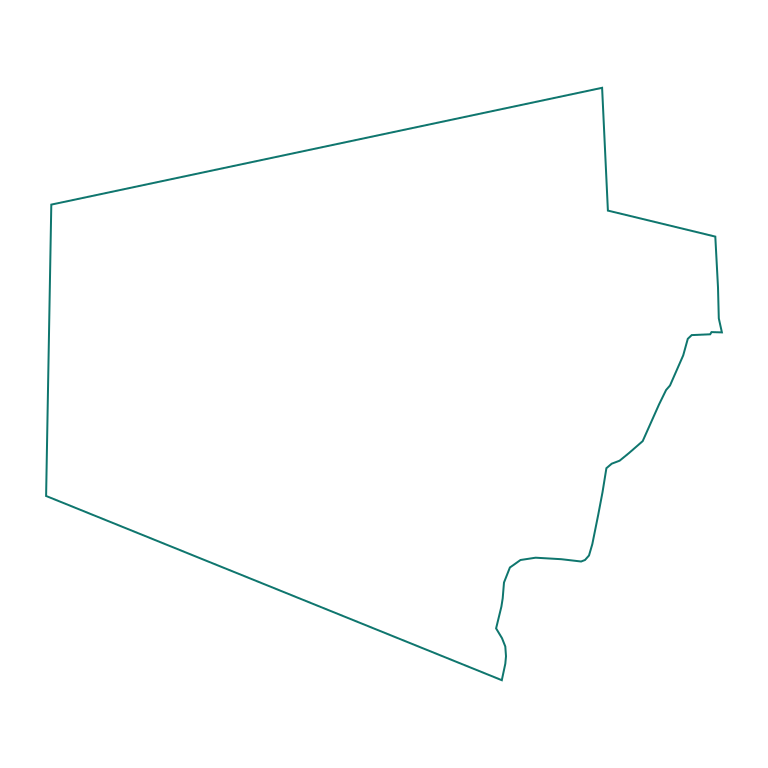 the district of Fond Gens Libre, Soufrière, Saint Lucia
{"feature_id": "8701671B9474908465202", "entity_name": "Fond Gens Libre", "entity_type": "district", "adm_level": 2, "iso_a3": "LCA", "parent_name": "Saint Lucia", "parent_adm1": "Soufrière", "projection": "robinson", "projection_center": [-61.061, 13.808], "detail": "fine", "context": "isolated", "style": "outline", "palette": "teal", "viewbox_px": 768, "rotation_deg": 0, "n_neighbors": 0, "source": "geoboundaries", "source_scale": "gbopen_adm2", "svg_char_len": 615}
<svg xmlns="http://www.w3.org/2000/svg" viewBox="0 0 768 768"><path d="M602.1,87.8L51.3,204.6L46.1,496.0L501.8,680.2L505.3,663.8L506.0,656.3L505.3,646.5L502.0,638.2L496.1,628.4L501.4,606.6L502.7,598.3L504.0,582.5L509.9,567.5L520.5,560.0L535.6,557.7L561.3,559.2L581.1,561.5L585.0,560.0L589.0,555.5L592.3,544.2L598.2,514.9L602.5,492.3L606.4,468.2L611.7,463.7L619.6,460.7L628.8,453.2L642.7,441.1L659.1,404.3L666.1,390.0L670.0,385.5L683.2,355.4L687.8,338.8L691.7,335.1L710.2,334.3L711.5,332.1L721.9,332.4L718.8,318.4L718.0,287.4L715.3,236.6L607.9,210.6L602.1,87.8Z" fill="none" stroke="#0f766e" stroke-width="2"/></svg>